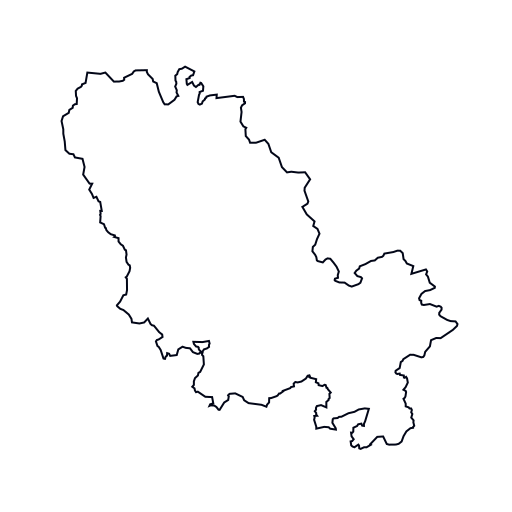 the district of Carrick-On-Shannon Lea-6, Leitrim, Ireland, rotated 186°
{"feature_id": "5873133B60046508730190", "entity_name": "Carrick-On-Shannon Lea-6", "entity_type": "district", "adm_level": 2, "iso_a3": "IRL", "parent_name": "Ireland", "parent_adm1": "Leitrim", "projection": "robinson", "projection_center": [-7.954, 53.923], "detail": "fine", "context": "isolated", "style": "outline", "palette": "ink", "viewbox_px": 512, "rotation_deg": 186, "n_neighbors": 0, "source": "geoboundaries", "source_scale": "gbopen_adm2", "svg_char_len": 6033}
<svg xmlns="http://www.w3.org/2000/svg" viewBox="0 0 512 512"><g transform="rotate(186 256 256)"><path d="M452.5,401.3L451.7,396.4L450.5,394.2L450.2,388.4L452.0,388.0L453.8,386.4L453.8,384.2L456.9,381.8L457.2,378.8L462.5,374.8L463.5,369.9L460.9,361.9L460.4,357.4L458.2,349.9L456.6,341.4L452.3,338.2L448.2,338.1L446.4,335.1L438.7,334.5L435.8,326.6L436.4,318.9L429.1,310.6L426.5,310.8L428.8,304.6L425.6,300.5L423.6,296.8L420.9,298.2L418.3,293.9L416.6,293.5L414.1,284.7L415.6,284.6L414.9,281.6L415.4,280.6L414.7,279.4L414.5,273.1L410.5,271.7L409.0,268.3L408.3,268.1L407.5,266.1L405.5,264.2L402.7,262.5L398.5,261.7L398.3,260.7L398.9,260.1L394.6,259.4L394.2,256.0L391.7,253.5L389.4,252.3L387.1,248.5L385.9,248.1L384.9,243.9L385.2,240.9L384.1,236.6L381.9,234.0L380.6,233.5L379.9,231.1L380.2,227.6L382.4,222.0L383.3,221.2L382.0,219.8L380.7,208.6L381.1,204.1L383.8,203.1L386.4,196.4L389.2,192.4L388.8,191.6L385.5,189.3L382.2,188.4L376.4,184.5L373.3,180.5L372.4,177.0L364.9,176.7L360.3,178.2L357.0,182.5L353.8,177.4L352.3,176.3L350.2,176.0L344.3,170.1L341.1,168.1L340.5,165.7L344.1,162.8L345.8,162.1L346.6,160.6L344.6,156.2L343.2,155.4L341.0,152.6L337.3,144.4L336.5,144.2L335.7,144.2L335.3,146.5L334.1,147.6L334.2,150.1L332.2,149.7L330.9,147.7L324.5,149.2L323.5,155.0L319.6,158.1L316.2,157.3L312.0,157.3L308.7,153.8L304.1,152.5L302.3,153.0L301.8,153.8L299.6,154.4L302.4,156.4L303.3,157.7L303.4,158.9L304.2,159.6L306.1,159.7L308.5,162.0L309.3,164.1L300.2,164.8L293.9,166.6L293.0,164.1L293.5,162.7L293.2,160.7L295.2,158.9L298.0,157.7L299.6,154.5L299.3,152.0L297.9,150.8L296.5,142.7L299.4,134.9L301.0,133.8L301.3,131.1L303.9,128.2L304.7,124.9L304.3,121.3L305.7,119.3L303.3,117.9L302.7,115.9L301.4,114.3L299.7,115.0L291.7,110.7L284.9,111.1L283.1,105.0L286.1,103.7L286.6,102.1L285.5,102.7L281.9,102.9L279.6,101.7L277.2,99.2L276.1,99.2L272.3,107.0L268.6,109.9L268.4,113.6L269.2,114.4L268.8,115.2L267.7,116.2L262.3,117.2L254.5,114.4L252.7,111.3L248.0,108.9L235.0,108.6L229.9,107.2L229.4,109.4L227.7,111.7L228.0,116.0L226.1,116.3L221.4,118.5L220.0,119.4L218.6,121.7L217.7,121.7L214.8,124.3L215.1,124.7L208.1,128.2L207.5,129.3L204.6,130.3L205.2,133.0L203.7,134.8L201.4,134.6L197.7,135.9L193.6,139.3L192.1,142.3L190.4,142.9L189.5,141.3L190.0,141.0L189.3,140.6L183.3,139.8L183.3,136.7L180.6,135.9L180.2,134.1L176.3,133.6L174.3,135.1L173.2,134.9L172.1,132.3L171.3,132.3L170.6,131.0L167.4,128.0L168.6,126.6L167.9,122.5L168.9,121.2L168.8,120.3L170.8,118.2L170.2,112.8L175.7,114.5L179.8,113.1L180.5,111.2L180.2,109.4L181.3,107.8L179.7,106.1L179.6,104.7L178.5,103.5L181.3,103.0L180.8,101.4L181.1,99.2L178.2,92.5L178.0,90.6L170.3,93.2L165.8,93.3L164.2,92.0L158.4,91.7L158.7,93.0L162.6,98.1L162.6,101.7L161.9,102.6L157.9,103.4L156.6,104.7L154.2,105.1L147.6,109.3L141.8,111.3L137.8,114.1L131.9,115.8L127.8,115.8L130.2,103.0L131.1,100.4L130.9,98.3L132.7,98.4L133.7,100.3L136.8,99.3L137.7,97.5L141.2,95.4L140.9,91.5L141.7,90.3L143.0,90.3L142.1,86.6L139.7,84.0L141.0,82.0L142.5,81.5L141.5,77.6L140.1,76.6L138.1,76.1L134.5,79.1L133.7,78.2L133.2,75.5L131.8,75.1L128.5,77.1L126.1,77.3L122.0,80.3L122.7,80.8L116.5,88.8L110.7,89.8L106.3,82.7L103.9,82.3L97.2,83.1L94.5,84.1L91.8,86.7L90.4,92.3L88.1,97.3L84.4,100.9L81.8,101.6L81.9,102.4L80.9,103.7L82.1,107.0L82.1,109.0L84.7,111.5L84.0,115.2L85.3,116.8L84.9,119.1L85.8,120.6L87.4,120.4L88.3,121.4L91.4,122.1L91.7,124.8L94.4,129.4L93.2,130.6L92.7,132.0L92.5,136.4L93.0,137.4L95.4,138.4L93.5,141.2L91.8,146.0L93.0,150.1L94.1,151.5L95.4,150.4L96.2,150.6L96.5,152.6L100.4,152.8L100.8,154.1L103.2,153.4L104.4,153.9L105.2,154.9L105.1,156.5L101.4,159.6L100.9,165.7L99.3,167.0L98.7,168.8L92.4,173.9L88.9,174.2L80.9,172.5L79.1,173.1L78.2,174.7L77.7,178.4L73.6,184.3L73.1,190.6L68.2,193.3L63.8,193.6L52.5,203.1L48.8,207.5L48.5,209.4L50.7,211.8L55.7,211.6L59.2,212.4L66.2,215.4L67.7,216.8L67.8,218.7L65.9,222.0L66.0,223.9L67.0,224.9L69.0,225.5L71.1,224.5L78.0,226.4L84.0,224.8L86.0,225.0L86.8,226.6L87.0,228.8L88.7,229.2L89.4,231.0L87.5,235.6L84.2,238.8L79.3,240.3L74.9,243.0L74.9,244.3L80.4,247.6L82.9,253.5L84.9,255.5L84.1,258.5L85.6,260.4L99.6,254.5L98.5,262.4L105.2,264.3L106.9,266.7L108.9,268.3L110.4,274.2L113.1,276.3L115.9,276.1L119.8,274.3L128.6,271.8L129.4,269.5L130.6,268.3L134.7,267.0L137.4,264.0L141.1,263.1L146.3,259.4L151.7,256.6L152.1,254.3L154.7,251.9L156.1,249.4L153.1,246.6L149.5,246.0L148.2,244.9L149.4,240.3L151.2,238.7L157.6,235.6L160.6,236.3L165.1,238.8L170.3,238.4L174.6,239.6L175.3,240.3L175.1,241.7L172.2,242.9L172.7,245.5L172.0,249.2L174.8,253.8L178.2,257.5L181.8,261.0L184.6,261.1L186.5,259.8L188.9,256.6L194.0,257.4L195.0,258.0L195.9,261.2L197.3,263.4L200.4,266.6L200.4,271.0L198.3,273.4L197.1,279.2L195.2,284.8L197.7,289.4L202.2,291.8L201.4,296.5L209.9,302.7L215.0,309.7L210.3,313.4L209.7,315.7L214.6,326.0L214.7,329.0L210.2,337.9L215.9,344.4L222.6,343.4L229.7,343.5L233.9,342.4L239.5,347.1L243.7,356.1L251.7,360.8L255.4,368.8L259.5,372.5L267.7,368.7L273.7,368.0L275.1,371.0L278.7,374.2L279.8,381.0L279.1,382.5L282.1,383.6L285.5,388.0L285.4,397.7L286.5,401.9L285.6,404.4L282.9,406.7L283.0,408.0L284.1,408.3L284.4,410.8L285.5,412.9L291.2,412.1L294.0,413.1L311.8,408.9L311.9,412.4L318.5,410.9L321.9,409.3L322.0,408.3L323.2,407.3L323.2,406.3L325.2,404.2L325.7,401.9L327.7,400.7L329.1,401.2L330.1,402.9L329.5,410.4L329.0,411.6L329.2,413.2L326.0,414.8L326.1,419.2L328.6,422.3L329.4,422.5L330.1,420.3L331.0,420.3L333.4,417.8L335.5,419.0L337.7,422.4L342.1,419.0L342.8,419.9L343.7,424.6L340.6,426.0L340.8,427.1L339.3,428.7L337.5,429.2L336.6,433.1L346.3,436.9L349.3,434.5L351.8,433.8L353.1,430.8L353.4,428.6L355.1,426.9L354.4,422.0L353.6,421.0L353.2,419.0L354.1,416.1L352.1,412.6L352.1,410.3L350.0,407.1L351.7,406.4L353.4,402.8L359.1,397.6L362.7,397.3L364.3,399.2L369.8,409.2L372.8,417.5L376.5,418.8L377.3,421.3L382.4,425.4L383.8,427.6L384.0,429.4L395.1,428.0L396.8,426.8L398.2,424.2L405.8,419.5L405.5,417.5L406.8,416.3L410.4,415.2L415.6,414.6L425.0,422.7L429.7,420.9L442.9,420.8L443.6,410.3L447.0,408.5L447.0,407.2L447.8,405.9L450.9,403.8L452.5,401.3Z" fill="none" stroke="#020617" stroke-width="2"/></g></svg>